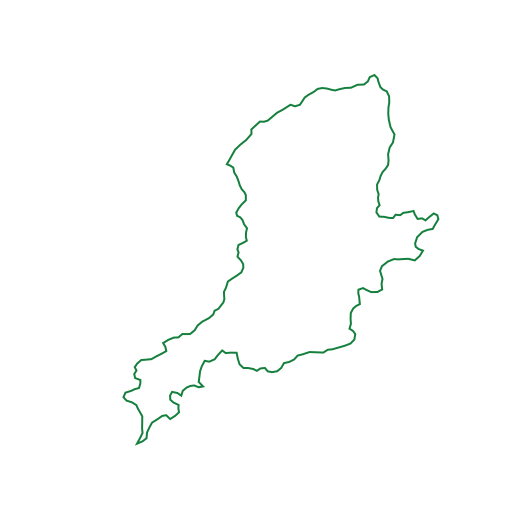 Ibitirama, Espírito Santo, Brazil (Robinson projection), rotated 63°
{"feature_id": "56859067B18321195948026", "entity_name": "Ibitirama", "entity_type": "district", "adm_level": 2, "iso_a3": "BRA", "parent_name": "Brazil", "parent_adm1": "Espírito Santo", "projection": "robinson", "projection_center": [-41.679, -20.517], "detail": "fine", "context": "isolated", "style": "outline", "palette": "green", "viewbox_px": 512, "rotation_deg": 63, "n_neighbors": 0, "source": "geoboundaries", "source_scale": "gbopen_adm2", "svg_char_len": 3330}
<svg xmlns="http://www.w3.org/2000/svg" viewBox="0 0 512 512"><g transform="rotate(63 256 256)"><path d="M141.1,202.7L145.2,204.6L148.2,212.1L149.6,219.0L151.7,226.2L155.4,231.8L158.4,236.2L161.0,240.3L163.7,238.0L166.9,236.1L171.7,237.5L176.3,237.1L181.3,237.6L185.9,238.4L190.1,238.4L193.7,237.4L197.1,237.4L201.8,239.8L203.6,245.5L205.5,249.6L208.4,253.9L211.6,254.6L214.4,252.5L217.7,251.7L222.4,252.2L227.2,251.4L230.5,254.2L234.5,256.4L238.2,257.3L238.4,261.8L238.2,266.5L241.5,269.5L244.9,269.9L248.2,272.8L253.1,271.4L257.3,271.1L260.7,272.6L263.9,276.5L264.8,282.1L265.3,287.5L266.0,292.7L270.6,297.1L273.4,300.8L276.8,302.4L280.1,303.8L282.6,306.2L284.2,309.7L286.0,313.4L286.0,317.8L288.7,320.6L290.0,326.0L290.1,333.7L291.4,339.5L294.3,344.3L295.6,350.3L292.1,357.1L293.3,362.1L291.4,366.3L290.9,372.3L291.4,378.3L295.8,378.0L300.0,379.1L300.2,383.9L300.2,390.1L300.4,396.1L298.1,401.9L296.6,405.4L297.9,410.7L300.0,414.5L303.8,414.5L305.9,418.1L309.9,419.1L314.0,415.3L317.2,417.0L320.5,420.2L319.6,424.6L319.5,428.4L318.5,434.4L321.7,438.2L326.1,437.0L330.0,433.0L334.5,430.3L338.4,430.5L342.4,430.3L347.2,430.1L353.1,433.2L358.2,435.9L362.1,437.4L365.4,441.7L369.2,447.2L369.6,441.3L368.7,436.3L363.8,433.2L360.3,428.7L357.3,424.3L356.6,417.0L355.9,412.1L357.1,408.3L362.3,406.5L361.7,400.5L360.3,395.5L356.6,394.4L353.6,392.6L349.0,396.1L345.1,397.6L341.3,395.9L339.0,392.4L342.4,388.2L346.5,386.0L342.9,382.5L341.7,377.5L342.0,373.5L343.3,369.8L346.9,366.7L348.2,362.4L342.2,364.2L336.8,360.5L333.1,358.0L329.6,354.3L326.1,349.3L328.9,345.7L329.3,339.8L327.1,335.2L324.8,329.0L328.7,327.1L330.7,322.3L333.4,317.2L339.5,318.9L345.1,319.8L350.1,318.0L352.2,313.9L355.5,309.7L358.7,307.4L358.2,303.1L359.8,298.9L364.1,297.9L366.8,294.4L368.3,289.4L367.2,284.4L364.1,279.7L365.5,274.5L365.5,269.0L363.6,264.0L364.7,259.6L365.9,251.9L369.0,246.3L372.6,239.9L372.1,234.6L373.8,230.4L375.1,223.7L376.3,217.4L376.9,211.5L375.1,206.3L370.6,203.0L366.8,203.6L363.2,205.7L359.5,202.2L355.0,200.3L349.8,197.4L346.9,193.2L346.0,189.5L346.0,185.3L342.4,183.9L338.8,182.5L335.6,181.8L332.5,180.0L333.2,175.2L336.3,173.1L340.4,169.8L343.2,164.2L343.1,158.8L337.7,156.7L333.9,153.7L329.9,153.0L325.5,152.2L322.3,148.5L320.8,141.2L321.4,134.4L323.6,130.8L325.5,126.3L327.7,121.5L332.0,116.5L330.3,110.1L327.0,104.8L323.7,107.9L320.3,109.5L317.0,108.5L312.4,103.9L310.1,96.7L310.6,91.2L312.1,86.3L309.7,82.8L306.0,76.8L302.0,75.9L298.8,78.4L300.0,84.2L301.2,88.8L297.9,90.9L296.3,95.2L291.0,95.6L287.4,95.2L286.0,100.6L284.4,105.2L285.1,108.9L282.6,112.9L284.4,116.6L282.5,120.1L279.3,124.0L276.9,128.2L271.8,128.9L268.3,126.5L266.8,122.8L262.9,122.2L259.6,120.9L256.5,118.6L252.1,118.0L247.3,115.7L244.2,111.4L241.4,108.8L238.7,105.1L237.1,101.0L235.0,97.1L231.2,94.6L225.3,92.1L220.0,87.6L217.0,82.4L213.8,79.9L210.5,77.4L205.5,77.6L202.1,77.6L198.9,76.8L194.7,75.7L189.3,73.6L183.9,70.6L179.6,67.5L174.1,64.9L168.6,64.8L165.4,67.3L162.1,68.5L156.3,67.8L152.9,67.0L148.5,68.3L148.3,73.5L151.2,77.0L152.2,82.0L149.5,87.9L149.2,95.0L146.7,100.4L145.3,105.8L144.4,110.4L141.9,113.6L139.2,116.5L136.4,120.7L135.1,125.2L136.0,130.0L136.2,136.1L136.9,140.6L141.2,148.2L140.3,153.3L136.9,156.6L137.8,165.9L137.9,172.1L140.7,184.1L140.0,187.9L138.0,191.5L139.6,197.2L141.1,202.7Z" fill="none" stroke="#15803d" stroke-width="2"/></g></svg>